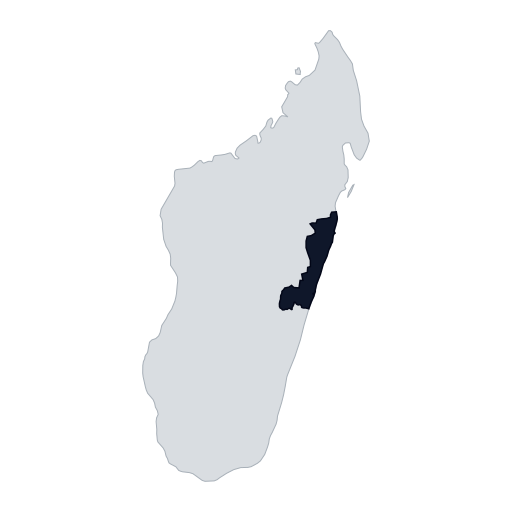 where Atsinanana sits in Madagascar
{"feature_id": "MDG-5868", "entity_name": "Atsinanana", "entity_type": "Autonomous Province", "adm_level": 1, "iso_a3": "MDG", "parent_name": "Madagascar", "parent_adm1": "", "projection": "albers", "projection_center": [48.339, -18.983], "detail": "fine", "context": "in_parent", "style": "filled", "palette": "ink", "viewbox_px": 512, "rotation_deg": 0, "n_neighbors": 0, "source": "natural_earth", "source_scale": "10m", "svg_char_len": 5700}
<svg xmlns="http://www.w3.org/2000/svg" viewBox="0 0 512 512"><path d="M339.5,42.5L340.9,46.0L342.7,49.3L348.1,57.4L350.4,60.5L352.4,63.9L353.3,70.4L356.6,80.7L359.8,96.1L360.6,111.9L361.5,119.2L364.0,126.1L368.0,133.2L369.3,141.1L366.6,149.2L362.9,156.8L362.0,158.2L360.2,160.2L359.5,160.1L356.6,158.1L354.2,154.8L351.3,147.2L350.2,143.3L348.9,142.7L345.4,143.0L342.8,145.4L342.3,146.9L342.9,151.2L343.8,155.0L344.2,159.0L344.2,163.9L345.2,165.4L346.6,166.7L348.0,169.9L348.2,177.6L347.3,181.5L344.8,184.8L344.9,186.7L345.8,188.6L344.9,189.7L341.6,191.1L340.3,192.4L338.5,195.8L335.5,202.7L335.1,206.2L336.8,217.0L336.3,224.7L332.6,239.3L330.4,246.2L327.4,254.5L322.8,265.4L318.3,279.1L314.5,293.2L311.7,301.7L308.5,310.1L304.1,324.8L300.4,339.8L295.0,356.3L287.6,374.7L286.8,377.1L285.2,386.5L283.6,394.7L281.6,402.7L277.5,416.1L277.1,420.2L276.1,424.1L272.2,432.5L270.5,435.6L269.3,438.9L268.7,443.1L267.5,447.1L264.7,454.5L260.4,460.9L257.4,463.3L251.1,466.7L247.9,467.4L240.7,467.6L233.8,469.6L226.6,473.3L219.7,477.7L217.1,479.7L214.2,480.9L205.0,481.3L202.2,480.4L192.9,473.7L189.4,472.6L182.6,471.8L180.5,471.2L178.7,470.4L175.9,466.8L170.4,463.9L169.0,462.9L168.2,460.9L167.5,458.6L166.1,456.1L164.9,451.2L163.1,447.9L157.9,442.0L157.3,440.1L156.7,433.8L156.8,429.4L156.1,421.6L156.6,417.8L158.2,414.4L157.4,410.8L155.4,407.1L154.6,403.1L153.1,399.6L147.7,393.3L146.3,390.1L145.4,386.9L143.1,376.6L142.7,373.1L142.8,365.5L143.4,361.6L144.7,358.8L144.9,356.8L145.7,355.0L146.9,353.6L147.7,351.9L149.5,342.2L151.9,339.9L155.7,338.6L158.6,336.0L160.2,332.5L161.8,325.4L166.4,318.3L168.0,314.6L171.7,309.0L174.9,301.1L175.8,297.4L176.5,293.6L177.2,285.3L177.7,281.1L177.5,277.0L175.5,272.9L170.6,265.4L170.5,264.0L170.7,258.3L170.2,254.2L168.4,250.2L166.1,246.4L163.7,239.3L162.4,227.4L162.5,223.1L161.8,219.3L160.1,215.7L161.1,209.3L174.6,186.0L175.0,183.3L174.3,176.3L174.5,172.2L175.0,170.7L176.0,169.8L178.5,169.3L189.9,168.1L191.4,167.3L194.2,165.3L198.1,161.5L199.9,160.4L201.4,160.8L202.4,162.4L203.7,163.2L208.3,161.4L210.1,161.3L211.9,161.6L212.8,160.0L213.3,157.9L213.9,156.4L215.1,155.6L221.1,155.0L224.9,154.4L229.8,152.9L230.9,153.1L234.9,158.4L236.1,158.8L237.7,159.0L239.0,158.0L235.8,155.3L235.3,153.7L235.4,152.0L237.1,148.2L240.0,145.2L246.4,140.8L253.0,135.7L255.0,135.3L256.6,136.1L257.9,142.1L257.8,143.0L258.8,143.2L260.1,142.4L261.2,140.0L261.2,138.0L260.3,136.1L259.8,134.4L259.8,133.0L263.2,129.4L265.8,126.0L267.0,122.0L268.1,120.1L270.9,118.0L271.8,118.3L272.4,120.0L272.8,121.8L272.1,123.6L271.1,125.4L270.7,127.7L272.2,128.2L273.7,127.6L275.9,123.3L278.4,119.3L279.9,117.2L281.8,115.7L284.9,116.0L287.9,116.9L283.0,112.7L281.7,106.8L287.6,96.7L287.7,94.6L288.5,94.0L288.9,93.2L285.8,89.8L285.2,88.1L285.6,85.5L287.1,83.3L288.4,81.7L290.3,81.1L291.8,81.9L295.1,84.7L297.4,85.1L300.0,82.5L302.2,79.1L305.5,76.8L309.3,75.4L315.0,70.1L318.8,59.1L319.1,55.9L318.3,52.0L317.0,48.3L314.8,43.7L315.3,42.6L318.5,43.3L319.5,42.6L323.0,38.5L328.6,30.7L330.5,30.7L332.1,32.2L332.7,34.4L333.8,35.9L337.6,39.7L339.5,42.5ZM300.2,73.3L300.2,74.5L295.9,74.0L295.3,69.9L297.4,69.7L297.8,68.0L299.1,67.8L300.5,71.5L300.2,73.3ZM351.2,191.5L347.5,197.6L348.6,192.5L352.8,185.2L354.0,184.6L351.2,191.5Z" fill="#d9dde1" stroke="#a8b0b8" stroke-width="1"/><path d="M336.3,211.8L337.2,216.8L337.3,219.0L336.9,221.3L335.8,225.2L334.2,230.3L334.2,230.9L334.2,231.5L334.3,231.9L334.5,232.2L334.8,232.6L335.0,232.8L335.1,233.2L334.9,233.4L334.5,233.5L334.2,233.7L333.2,235.6L332.4,242.2L332.2,242.6L331.6,243.4L331.4,243.8L330.6,246.1L328.7,250.0L327.0,256.2L324.5,261.8L323.4,263.6L320.5,274.1L316.5,284.3L315.4,289.5L315.3,290.3L315.3,291.6L314.3,294.6L314.1,294.2L313.7,293.6L313.3,293.3L313.0,293.7L313.1,294.0L313.9,295.1L314.1,295.6L314.0,296.0L311.4,301.5L309.6,306.3L308.8,308.8L308.5,308.7L305.9,308.0L303.7,308.0L302.1,307.6L301.9,307.5L301.6,307.2L301.5,306.8L301.5,306.6L301.5,306.1L301.5,305.9L301.3,305.6L301.2,305.5L301.1,305.3L300.5,305.0L300.4,304.8L300.2,304.7L299.6,304.6L298.6,304.9L298.4,304.9L298.2,304.9L297.9,304.8L297.5,304.7L296.8,304.3L296.3,303.9L296.2,303.7L295.5,302.6L295.4,302.4L295.1,302.2L294.9,302.2L294.7,302.2L294.4,302.2L294.3,302.3L294.1,302.4L294.0,302.5L293.9,302.6L293.8,302.8L293.8,303.0L294.1,303.4L294.1,303.5L293.9,303.9L293.8,304.1L293.7,304.2L293.7,304.6L293.6,304.8L293.3,305.2L293.2,305.3L293.1,305.7L293.1,305.9L293.0,306.0L292.1,307.6L292.0,308.0L291.9,308.2L291.9,308.4L292.0,308.5L292.2,309.0L292.1,309.3L291.9,309.5L291.7,309.6L291.2,309.4L290.9,309.2L290.3,308.7L289.7,308.4L289.3,308.3L288.9,308.4L288.5,308.5L288.4,308.5L287.9,308.8L287.6,309.1L287.4,309.2L287.3,309.3L287.1,309.3L286.9,309.3L286.6,309.3L286.3,309.2L285.8,309.2L285.6,309.2L285.4,309.2L285.3,309.3L285.1,309.3L284.6,309.7L284.4,309.8L284.2,309.8L283.4,309.9L283.0,309.9L282.8,309.9L282.6,309.9L282.4,309.8L282.3,309.6L282.2,309.5L282.1,309.3L282.0,309.2L281.9,309.1L281.6,308.9L281.1,308.4L280.8,308.3L280.3,308.1L280.2,308.0L280.1,307.8L279.9,307.3L279.8,307.2L279.7,307.1L279.6,306.9L279.5,306.7L279.4,303.9L279.5,303.0L280.0,300.9L280.3,299.9L280.5,299.6L280.6,299.0L280.6,297.3L280.7,295.8L280.9,295.2L281.7,293.6L281.8,293.3L281.9,293.0L281.9,291.8L281.9,291.6L282.0,291.4L282.2,291.1L282.3,290.9L282.5,290.7L283.0,290.3L283.5,289.9L283.7,289.6L284.7,288.0L289.1,287.1L291.5,285.4L293.8,287.5L299.0,287.9L300.1,280.4L302.9,280.4L301.7,274.1L307.3,272.4L307.7,267.4L310.4,266.6L310.4,260.3L307.7,252.8L306.1,247.7L306.1,241.0L307.3,236.4L311.3,235.6L315.3,233.1L314.9,229.8L312.1,226.4L310.1,223.9L312.1,223.0L316.1,223.1L317.3,219.7L321.7,218.9L326.5,218.5L330.5,217.3L330.5,214.7L331.7,212.2L336.3,211.8Z" fill="#0f172a" stroke="#020617" stroke-width="1.5"/></svg>